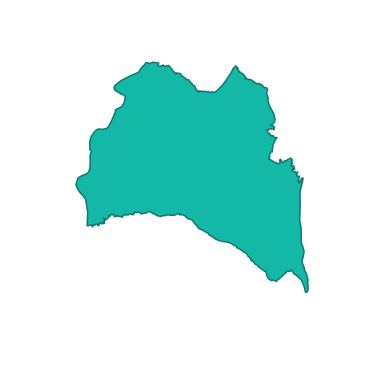 Guamo, Tolima, Colombia (orthographic projection), rotated 157°
{"feature_id": "7082276B63665332142634", "entity_name": "Guamo", "entity_type": "district", "adm_level": 2, "iso_a3": "COL", "parent_name": "Colombia", "parent_adm1": "Tolima", "projection": "orthographic", "projection_center": [-74.99, 4.102], "detail": "fine", "context": "isolated", "style": "filled", "palette": "teal", "viewbox_px": 384, "rotation_deg": 157, "n_neighbors": 0, "source": "geoboundaries", "source_scale": "gbopen_adm2", "svg_char_len": 5984}
<svg xmlns="http://www.w3.org/2000/svg" viewBox="0 0 384 384"><g transform="rotate(157 192 192)"><path d="M269.5,271.0L268.8,269.6L268.7,268.5L270.8,266.7L272.7,262.9L273.4,260.6L275.6,255.9L276.6,254.1L278.9,251.1L280.9,250.1L282.1,249.9L287.4,250.0L290.8,249.6L291.9,249.0L292.3,248.3L295.6,244.6L296.0,243.8L296.0,239.2L295.3,235.5L293.0,228.5L293.0,225.5L295.9,214.2L301.6,201.9L299.7,201.3L298.3,201.1L297.7,201.2L297.3,200.2L297.3,199.0L296.8,199.1L296.3,199.8L295.3,199.7L294.8,200.2L294.0,199.6L293.1,200.1L292.7,199.7L292.3,199.9L291.8,199.7L291.8,198.0L291.5,197.8L290.6,197.8L289.5,199.4L288.8,199.0L287.8,199.4L287.5,198.0L286.4,198.4L286.0,197.5L285.0,197.4L285.1,198.1L284.5,198.4L284.7,199.1L283.7,199.8L283.4,201.6L282.6,200.2L281.7,200.8L281.0,200.3L279.9,201.0L279.0,201.0L278.0,201.7L277.8,202.6L276.7,202.0L275.9,202.9L274.9,202.9L274.5,202.3L273.7,202.1L272.9,201.3L273.1,199.7L271.5,199.3L271.2,199.7L270.8,199.7L270.3,199.0L269.9,199.0L268.7,197.9L268.1,198.0L267.4,197.3L266.8,197.1L266.2,196.1L265.7,196.2L264.4,197.3L263.7,197.3L263.3,197.6L261.6,196.6L260.4,196.3L259.8,195.8L257.8,196.4L257.0,195.8L256.7,195.3L256.1,195.1L255.7,194.4L254.9,194.1L252.3,195.7L252.1,195.4L251.5,195.3L251.3,194.8L250.5,194.8L250.2,194.3L248.5,194.0L248.3,193.3L247.3,192.5L247.2,191.6L246.0,191.5L245.7,191.8L244.9,191.1L244.2,191.1L243.8,190.8L243.0,191.1L242.3,190.6L240.5,191.2L237.8,189.9L237.6,189.3L236.9,188.8L237.0,188.1L236.6,187.7L236.6,187.3L235.4,187.1L234.6,185.2L233.4,184.8L233.3,183.7L232.5,183.5L230.8,181.7L229.6,181.9L225.6,180.7L223.5,180.6L222.2,180.1L221.3,179.2L217.4,177.4L214.7,177.6L213.0,177.3L212.3,177.0L212.4,176.6L211.9,176.3L212.0,175.6L211.0,175.7L209.8,174.7L209.0,174.5L208.6,173.7L207.7,172.8L207.5,171.3L207.0,170.9L206.4,169.2L203.6,167.1L203.0,166.2L202.3,164.5L201.8,161.5L201.0,160.1L200.2,156.3L198.8,154.3L197.4,153.1L194.7,149.4L193.5,148.3L192.8,145.5L189.8,141.7L189.5,140.4L185.9,136.5L180.7,133.0L179.0,132.2L177.4,130.6L176.5,130.0L173.9,126.2L172.4,125.0L172.5,123.0L171.5,122.5L169.4,119.3L168.6,118.8L168.4,117.2L166.6,115.3L165.6,112.9L165.6,111.5L164.1,107.8L164.3,106.1L163.8,105.0L163.0,104.3L162.0,100.8L161.2,100.3L160.4,99.0L160.2,97.4L159.0,95.9L158.8,94.8L158.0,94.1L156.7,91.5L155.1,89.5L155.7,86.4L155.7,83.5L155.1,81.7L153.9,79.7L153.3,79.8L152.0,79.3L150.3,78.0L149.5,76.8L149.1,77.3L145.7,78.0L142.9,79.1L141.0,79.5L139.8,80.3L137.6,80.6L135.6,81.8L134.9,81.9L134.2,81.2L132.7,80.7L130.7,81.0L130.4,80.7L130.3,77.2L128.8,75.3L126.0,68.8L125.6,66.9L125.7,62.3L126.1,58.5L126.7,55.8L126.4,55.1L125.7,55.0L124.9,55.2L123.8,56.2L122.7,58.1L121.3,61.8L121.2,63.1L120.8,64.0L120.0,65.0L119.4,66.9L118.7,71.5L118.8,76.3L118.3,78.7L118.2,82.7L117.9,84.5L116.9,86.5L113.5,91.0L111.9,94.0L111.3,99.7L111.3,100.9L111.7,102.1L111.0,102.8L110.7,104.0L105.6,116.4L104.0,123.6L96.5,140.0L93.2,148.5L90.8,152.4L86.1,158.6L84.4,161.4L85.0,161.7L86.1,161.6L88.9,158.4L89.5,158.3L89.9,158.6L90.1,159.5L89.4,159.9L89.2,160.6L90.2,160.8L90.4,161.2L88.8,162.1L87.2,164.1L87.3,164.7L89.1,165.5L89.1,166.4L88.6,167.0L89.1,168.0L88.7,168.4L87.5,168.4L87.1,169.0L88.2,169.0L88.6,169.2L89.1,170.1L91.0,171.7L91.4,172.9L90.2,174.5L89.2,172.7L88.8,172.7L88.1,175.6L88.2,176.2L88.8,176.8L90.4,177.4L90.5,177.7L89.6,178.6L88.2,179.2L88.2,179.5L89.1,180.1L89.1,180.7L87.7,181.5L87.3,183.1L87.7,184.4L88.6,184.6L89.7,184.4L91.1,184.6L92.6,184.0L94.3,184.5L96.1,183.3L97.2,184.4L97.6,187.3L98.2,187.6L99.0,186.5L99.7,184.2L100.1,184.0L101.2,184.2L102.7,185.4L105.2,188.2L106.5,189.9L107.6,191.9L108.3,192.0L108.1,192.9L107.3,193.2L107.3,193.9L106.8,194.0L106.5,194.5L106.3,195.7L105.3,196.3L105.0,197.1L104.1,197.9L102.5,197.7L99.1,203.5L95.3,207.3L92.7,208.8L94.4,209.7L95.6,211.5L95.6,211.8L95.3,212.0L95.9,212.5L97.1,212.6L97.6,213.0L97.6,213.6L97.3,214.0L98.1,214.9L97.9,215.7L99.0,216.4L98.9,218.2L98.5,218.6L98.8,219.9L97.6,219.2L96.3,220.0L95.6,219.8L94.5,218.9L92.8,218.7L92.4,217.6L92.0,217.4L91.9,218.6L91.3,218.6L90.9,219.0L91.5,220.8L91.4,221.4L93.3,222.7L88.8,223.9L87.0,226.7L87.1,228.5L86.6,229.5L86.2,232.8L87.0,240.1L86.6,246.2L85.2,248.5L84.8,252.8L84.3,254.7L82.8,256.0L82.4,257.8L82.8,258.8L83.8,259.6L84.9,259.9L85.3,260.4L85.3,261.6L85.6,262.5L86.1,263.6L87.1,263.9L87.2,264.9L88.3,266.0L89.4,265.7L90.5,266.9L90.6,267.4L91.8,268.3L92.0,268.6L91.6,269.3L93.3,271.0L93.8,272.3L94.6,272.8L95.6,273.0L96.0,273.8L96.8,274.1L97.3,275.0L98.2,274.9L98.1,275.6L98.4,276.0L98.0,276.5L98.4,277.1L98.0,277.4L98.3,277.7L98.4,279.1L98.8,279.4L98.9,280.4L99.3,281.3L100.4,282.2L100.6,282.7L101.6,283.5L101.0,283.9L101.4,284.5L101.6,286.2L102.3,287.8L101.4,288.0L101.3,288.5L102.4,290.1L102.4,290.9L105.8,289.6L109.1,286.7L117.6,281.1L123.3,277.9L131.6,274.8L134.9,276.5L135.8,276.2L137.3,277.3L137.8,278.3L139.7,278.3L139.9,278.8L141.1,279.9L142.5,279.9L143.0,280.6L143.8,280.9L144.4,281.4L146.3,281.4L146.4,281.7L146.1,282.1L146.3,282.6L147.6,282.6L148.1,283.5L147.8,284.5L148.4,286.3L148.1,287.1L148.1,288.4L149.9,290.8L149.6,292.0L150.3,293.2L151.5,297.0L152.5,297.4L153.1,297.3L153.4,297.5L153.5,299.4L154.8,300.8L155.3,301.9L156.2,303.0L156.4,305.4L159.8,307.7L160.3,307.6L160.5,307.0L160.8,306.9L161.0,308.1L162.3,310.8L162.6,313.3L163.4,315.2L163.5,316.2L164.3,317.8L166.3,317.8L166.7,318.2L167.7,318.3L168.4,318.7L168.7,319.9L171.5,320.1L173.0,320.5L173.7,321.8L173.3,322.6L172.5,323.2L172.5,323.8L172.9,324.3L175.9,325.8L176.8,326.7L177.4,326.8L178.3,326.3L179.6,326.9L181.3,327.0L182.3,328.4L183.9,329.0L184.4,328.9L185.4,327.7L187.6,327.2L191.0,325.6L193.6,323.6L195.0,323.1L203.9,323.0L213.5,322.3L220.8,320.3L221.9,319.6L222.8,318.8L223.3,316.7L222.8,315.2L219.0,310.0L216.6,307.5L216.3,306.7L216.6,305.0L219.4,301.0L223.1,298.1L226.1,297.8L229.8,297.7L230.3,297.4L231.5,295.4L237.3,289.8L242.3,285.5L244.1,284.4L246.4,283.8L250.6,284.9L253.0,286.4L254.4,286.7L256.6,286.2L259.0,285.1L263.2,282.3L264.6,280.9L266.9,277.4L267.8,275.3L268.4,273.1L269.5,271.0Z" fill="#14b8a6" stroke="#0f766e" stroke-width="1.5"/></g></svg>